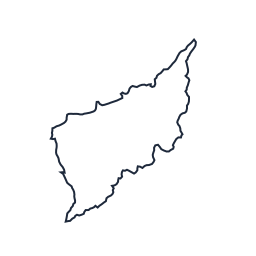 outline of Piracaia, São Paulo, Brazil, rotated 324°
{"feature_id": "56859067B75407524474731", "entity_name": "Piracaia", "entity_type": "district", "adm_level": 2, "iso_a3": "BRA", "parent_name": "Brazil", "parent_adm1": "São Paulo", "projection": "mercator", "projection_center": [-46.293, -23.043], "detail": "fine", "context": "isolated", "style": "outline", "palette": "slate", "viewbox_px": 256, "rotation_deg": 324, "n_neighbors": 0, "source": "geoboundaries", "source_scale": "gbopen_adm2", "svg_char_len": 3156}
<svg xmlns="http://www.w3.org/2000/svg" viewBox="0 0 256 256"><g transform="rotate(324 128 128)"><path d="M22.6,167.1L24.6,168.0L26.6,169.1L29.6,168.6L32.2,168.9L33.7,168.1L35.7,168.2L37.1,170.1L39.5,170.9L41.8,171.4L43.2,170.3L45.5,169.5L47.9,171.2L50.1,171.0L52.1,171.8L54.0,172.1L55.9,171.8L56.7,174.5L59.2,174.1L61.1,174.2L62.7,174.2L64.6,174.1L67.1,174.2L69.3,172.2L71.5,172.0L73.0,172.3L74.8,172.6L76.9,172.2L78.4,171.3L79.2,169.3L81.0,168.4L81.1,165.4L83.3,166.5L85.7,166.7L88.3,165.7L89.5,164.3L90.9,163.1L92.2,164.4L94.6,163.9L95.6,161.7L97.2,160.1L99.0,159.3L100.4,160.8L102.6,161.2L103.6,163.0L104.8,165.6L106.1,168.4L108.1,168.5L110.7,167.7L112.0,166.0L113.4,164.8L115.1,166.5L116.2,168.8L119.1,168.5L121.2,169.0L123.2,170.3L126.3,171.2L128.7,170.5L130.5,169.5L131.2,166.2L132.2,164.3L133.8,163.0L136.1,161.4L137.5,159.3L139.9,158.1L142.4,159.2L142.6,162.0L142.5,164.7L143.8,167.3L145.4,169.7L147.3,171.0L149.5,170.9L152.4,171.3L153.9,170.1L154.2,168.3L156.2,167.2L158.5,166.2L160.6,165.3L163.2,165.2L165.3,166.8L166.9,165.4L168.4,165.1L168.6,163.3L168.8,161.1L170.1,159.0L170.8,156.6L170.6,154.8L171.2,152.3L172.6,151.2L174.4,150.3L176.0,149.2L178.2,148.2L180.7,148.2L182.9,149.1L184.8,148.9L187.2,146.9L188.9,144.5L190.8,143.9L192.8,142.4L194.4,140.4L195.6,138.7L195.4,136.1L196.0,134.0L196.0,132.1L198.0,131.5L199.3,129.9L201.5,128.6L203.9,126.7L205.7,125.4L206.1,123.4L205.5,121.7L205.2,119.7L207.0,119.5L209.5,118.0L211.0,115.9L211.7,114.3L212.5,112.4L213.6,109.9L214.2,108.0L216.5,107.4L218.2,105.9L220.2,105.3L221.7,104.3L224.1,103.4L227.2,102.5L229.7,101.6L231.2,100.8L232.3,99.6L233.4,98.4L233.4,95.3L230.0,96.1L227.8,96.4L224.8,96.6L222.9,97.2L221.4,98.2L219.6,98.1L218.1,97.8L216.2,97.3L213.8,97.6L210.2,99.2L207.9,100.5L205.9,101.4L204.2,101.8L202.1,102.1L199.8,102.8L197.6,103.3L194.8,103.8L193.4,103.0L191.3,101.6L189.4,102.2L186.6,102.8L184.4,102.5L182.2,102.8L180.5,104.1L178.3,104.3L177.1,106.4L176.0,108.4L173.8,109.7L171.7,109.0L170.9,107.2L172.1,106.0L170.3,105.0L167.9,104.4L166.9,102.7L164.7,101.3L162.3,100.5L159.3,100.1L158.0,98.7L156.4,96.7L154.6,96.5L152.5,97.0L150.2,98.7L148.0,99.6L146.3,99.1L145.0,97.6L144.4,96.1L142.2,96.2L142.2,98.6L141.0,100.4L135.2,99.3L128.5,97.2L126.8,96.8L125.0,96.2L122.6,95.4L120.5,94.4L119.3,92.0L119.4,89.4L118.0,88.5L116.6,89.9L114.7,92.1L113.3,93.6L111.7,94.4L109.9,94.4L108.0,93.8L106.1,93.2L104.4,92.4L102.7,91.6L101.0,90.7L99.1,90.2L97.3,88.9L95.8,87.2L94.1,85.9L92.1,84.5L90.0,82.8L88.2,81.7L86.6,81.5L84.5,83.5L83.2,85.2L81.2,86.1L79.2,86.3L77.5,86.1L75.9,85.9L73.7,85.5L71.2,84.6L68.5,84.4L66.7,83.8L65.0,86.0L63.6,87.2L62.8,89.0L61.3,90.4L59.3,91.3L60.8,92.9L62.6,93.7L61.7,96.0L61.0,98.7L59.7,100.7L58.6,102.0L57.0,103.5L55.3,105.7L54.6,107.4L54.4,109.5L54.0,111.6L52.5,114.8L52.0,117.9L52.2,121.2L51.8,124.1L50.5,126.8L49.4,125.5L47.7,124.5L48.6,127.1L48.2,128.8L47.8,131.0L47.4,132.9L47.0,134.7L46.6,136.5L47.0,138.4L48.1,142.1L47.5,143.8L47.4,145.6L46.8,148.0L45.5,150.4L44.4,151.6L43.5,153.3L42.6,155.5L41.3,157.2L39.2,157.3L37.4,158.7L34.9,159.2L33.0,160.6L30.5,161.0L28.7,161.4L26.5,163.6L24.6,165.4L22.6,167.1Z" fill="none" stroke="#1e293b" stroke-width="2"/></g></svg>